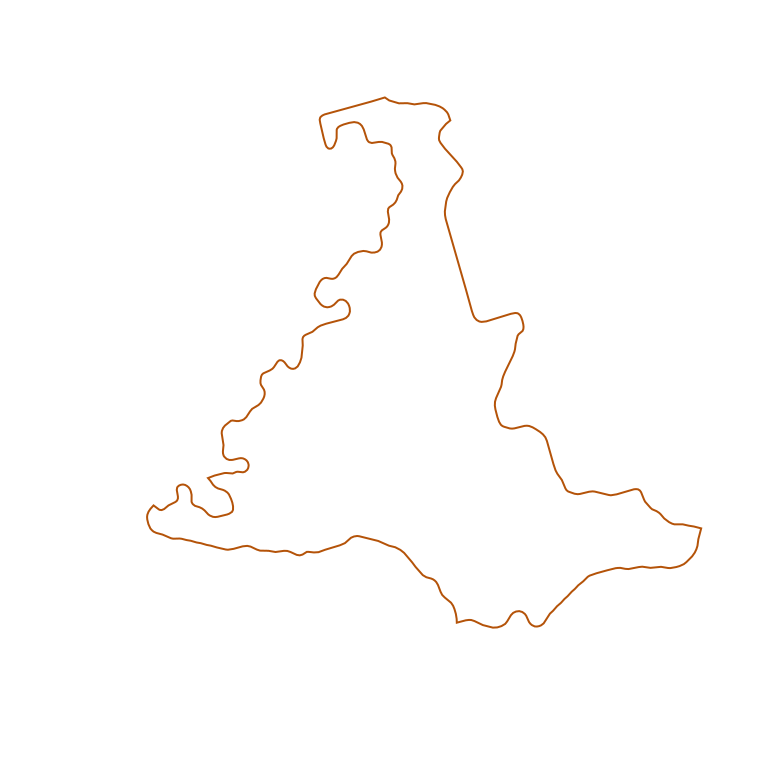 outline of Tamayo, Bahoruco, Dominican Republic, rotated 164°
{"feature_id": "3306468B80057745223349", "entity_name": "Tamayo", "entity_type": "district", "adm_level": 2, "iso_a3": "DOM", "parent_name": "Dominican Republic", "parent_adm1": "Bahoruco", "projection": "natural_earth1", "projection_center": [-71.147, 18.477], "detail": "fine", "context": "isolated", "style": "outline", "palette": "amber", "viewbox_px": 768, "rotation_deg": 164, "n_neighbors": 0, "source": "geoboundaries", "source_scale": "gbopen_adm2", "svg_char_len": 6166}
<svg xmlns="http://www.w3.org/2000/svg" viewBox="0 0 768 768"><g transform="rotate(164 384 384)"><path d="M379.8,134.5L370.5,134.3L367.3,133.8L365.2,133.1L362.4,131.2L355.4,125.0L346.5,119.8L342.2,118.8L337.8,118.9L333.6,120.0L331.1,121.8L325.7,126.8L322.9,128.4L319.8,128.9L316.6,128.4L313.9,126.7L312.0,124.2L311.2,122.1L310.2,115.3L309.4,113.2L308.3,111.5L305.9,109.4L303.8,108.7L301.7,108.5L299.6,108.7L296.5,109.9L287.8,117.5L284.0,119.4L278.9,122.7L274.1,124.9L269.8,127.6L266.0,129.4L260.8,132.6L257.0,134.4L252.7,137.0L246.9,139.4L241.3,142.5L239.2,143.1L232.0,143.5L220.8,143.4L212.1,143.1L209.8,142.7L207.5,142.1L203.0,139.8L199.9,138.7L189.5,137.8L186.1,137.2L178.5,133.8L168.1,131.9L161.6,128.8L159.4,128.1L153.6,127.5L150.1,127.5L145.4,128.2L142.5,129.4L135.3,133.4L131.7,136.3L129.3,139.0L127.3,142.0L124.6,148.2L118.9,157.8L125.4,161.6L130.1,163.8L135.4,166.7L143.6,169.1L145.5,170.3L148.1,172.7L151.7,177.5L154.0,182.6L155.1,184.4L157.1,186.7L160.8,189.7L161.9,191.4L165.5,199.0L165.9,201.3L166.7,209.1L167.4,211.1L168.8,212.7L170.7,213.5L172.8,213.9L190.7,213.8L196.6,214.5L198.6,215.4L211.1,222.5L213.1,223.3L216.5,223.9L225.9,224.3L228.2,224.7L231.1,226.0L236.6,229.9L237.8,231.6L238.4,233.6L239.5,242.7L242.1,249.9L242.9,253.7L243.2,260.3L243.1,284.4L243.6,288.3L245.1,291.8L247.2,294.9L250.5,298.7L253.1,301.4L256.0,303.6L258.1,304.5L260.4,305.0L270.9,305.4L273.2,305.8L275.3,306.6L280.2,309.7L281.7,310.9L282.9,312.6L283.8,316.0L284.1,321.0L283.9,328.9L283.4,332.7L282.2,336.3L280.2,339.5L272.3,349.0L271.1,351.1L269.3,355.3L267.3,358.5L264.2,362.4L252.6,375.3L249.7,379.2L248.5,381.3L246.3,386.5L242.3,393.5L240.9,394.7L236.2,396.8L234.9,398.4L234.1,400.5L233.7,402.8L233.5,406.5L233.7,410.2L234.2,412.5L235.4,414.5L236.3,415.3L238.3,416.1L242.7,416.5L268.4,416.0L273.1,416.8L275.1,417.8L277.3,420.0L278.8,423.2L279.2,425.8L279.4,429.8L279.2,452.0L279.2,525.5L278.8,529.5L277.9,533.2L273.9,542.3L272.0,545.4L267.9,550.2L263.5,554.5L260.6,556.6L255.9,559.0L253.3,561.2L251.1,563.7L249.6,566.6L249.5,568.8L250.0,570.6L252.7,577.5L260.5,593.3L263.2,600.2L263.8,603.1L263.5,605.0L262.8,606.8L261.2,610.3L260.0,612.0L252.7,616.9L247.6,619.1L247.9,625.4L248.5,627.8L250.2,631.0L251.6,633.0L254.1,635.5L257.8,638.2L266.0,642.4L269.1,643.2L277.7,644.4L284.1,647.5L292.3,649.7L300.8,655.1L304.2,659.2L318.4,659.0L366.8,659.5L369.2,659.1L371.3,658.2L372.1,657.4L373.0,655.7L373.4,652.1L374.2,636.9L374.2,630.3L373.9,628.0L372.7,625.9L371.8,625.3L369.9,624.9L367.9,625.6L366.1,627.1L363.1,631.0L361.8,633.3L359.4,641.4L358.8,642.3L357.0,643.6L354.9,644.2L351.4,644.6L345.3,644.6L340.5,644.0L337.2,642.4L335.4,640.6L334.1,638.2L333.3,634.3L333.0,623.7L332.3,621.5L331.6,620.5L329.2,619.0L322.1,618.1L319.1,617.2L313.5,613.7L312.2,612.3L311.8,611.4L311.5,609.4L312.9,603.5L312.7,601.7L311.8,598.1L311.7,594.8L312.2,592.7L314.2,587.9L314.6,585.6L314.8,583.3L314.1,578.6L312.1,573.9L311.6,571.8L311.6,569.6L312.7,566.6L314.6,564.3L318.3,561.5L321.0,557.5L323.1,555.4L325.7,553.9L330.1,552.5L331.6,551.4L332.8,548.6L333.7,540.8L334.8,537.7L336.0,536.0L337.5,534.6L339.2,533.7L343.6,532.3L345.1,531.2L345.7,530.4L346.3,528.5L347.0,520.7L347.6,518.5L348.6,516.5L350.8,514.2L353.7,513.0L356.9,513.0L360.0,513.8L364.3,516.4L367.2,517.6L372.6,518.1L376.9,517.5L379.9,515.9L386.8,509.7L392.4,506.3L397.5,501.7L400.2,499.8L402.2,499.2L404.2,499.2L406.0,499.8L410.1,501.9L412.0,502.2L414.1,501.9L416.0,501.0L417.8,499.7L423.3,493.9L425.7,490.2L426.2,488.0L426.1,487.0L425.7,485.1L423.0,478.3L421.8,476.5L420.3,474.9L417.5,473.4L415.4,473.1L413.2,473.1L410.2,474.0L405.2,476.8L403.2,477.2L400.2,476.4L397.9,474.4L396.4,471.3L396.0,468.9L396.0,466.5L396.8,463.0L398.0,461.1L399.4,459.5L402.3,458.0L405.6,457.5L423.0,457.9L428.8,457.6L432.1,456.8L438.4,453.9L445.6,452.9L447.4,452.4L449.0,451.3L450.0,449.6L451.5,443.4L456.1,432.0L458.8,428.0L462.1,424.7L465.1,423.5L467.2,423.6L469.1,424.4L470.6,425.8L471.8,427.5L473.6,432.2L474.6,433.8L475.9,435.0L477.6,435.6L478.6,435.5L480.3,434.7L485.1,430.6L487.0,429.4L490.1,428.5L497.1,427.5L498.8,426.6L500.1,425.0L501.7,421.6L502.5,418.9L502.5,417.0L500.9,411.6L500.9,409.4L501.5,407.1L502.6,405.0L504.0,403.2L507.4,400.0L510.4,398.4L517.5,396.5L520.3,394.6L525.5,390.1L528.5,388.6L530.6,388.3L533.7,388.4L535.7,388.9L539.7,390.7L541.4,390.8L548.3,387.9L550.8,386.1L552.8,383.5L553.6,381.4L555.1,369.5L557.4,363.7L557.9,361.6L557.9,359.3L557.6,358.2L556.0,355.4L553.6,353.6L550.5,352.8L544.1,352.5L542.0,352.2L540.1,351.4L538.5,350.1L537.2,348.4L536.4,346.2L536.4,343.8L536.7,342.6L537.7,340.7L539.1,339.2L541.9,338.0L543.9,338.0L548.8,340.0L550.3,340.2L554.1,339.7L560.0,341.9L562.0,342.4L572.1,342.7L579.1,342.1L577.5,338.6L576.1,334.3L574.5,331.5L572.3,329.3L568.1,326.7L566.5,325.4L564.5,322.9L563.5,320.7L562.7,315.7L562.5,311.8L562.8,308.1L563.8,304.7L565.3,303.0L568.5,302.0L570.7,301.8L580.5,302.2L582.9,302.6L585.1,303.5L587.6,305.5L588.9,307.1L591.3,311.9L593.1,314.4L595.3,316.4L599.3,319.0L600.9,321.2L601.4,323.0L601.4,324.0L599.5,330.5L599.3,333.9L599.5,336.3L600.3,338.5L601.5,340.3L603.0,341.8L604.9,342.8L606.9,343.1L608.9,342.9L610.7,342.1L611.4,341.4L612.4,339.3L613.1,332.7L613.7,330.7L615.0,329.0L616.9,328.1L624.6,326.7L629.8,324.4L632.5,324.1L634.2,324.8L634.9,325.4L639.0,330.8L643.0,328.3L645.5,326.2L647.5,323.6L648.4,321.5L648.9,319.1L649.1,314.3L648.4,309.5L647.4,307.4L646.2,305.6L643.9,303.6L638.4,300.3L631.2,294.4L629.3,293.4L623.1,291.8L621.2,291.0L616.8,288.4L613.0,286.6L607.8,283.3L604.0,281.5L598.8,278.2L595.0,276.3L589.8,273.0L581.7,268.5L579.7,267.7L574.0,267.0L564.6,266.9L560.1,266.1L557.1,264.5L551.9,259.9L549.1,258.0L541.0,255.5L534.6,252.4L526.1,251.2L523.0,250.2L520.2,248.3L515.0,243.8L512.2,242.5L509.3,242.5L504.5,243.9L502.9,243.5L497.8,241.4L493.3,240.4L486.2,240.9L471.0,241.1L465.4,241.8L458.1,245.3L454.9,245.7L451.7,245.3L449.8,244.5L432.8,234.7L423.8,227.2L418.2,224.0L414.0,220.0L411.2,216.1L406.1,204.8L404.1,199.5L399.4,189.6L396.6,186.6L392.3,184.0L390.7,182.7L389.4,181.1L388.4,179.3L387.5,175.9L386.9,168.7L386.2,165.2L384.5,162.1L379.8,155.2L378.7,151.8L378.3,148.2L378.3,143.2L378.9,138.2L379.8,134.5Z" fill="none" stroke="#b45309" stroke-width="2"/></g></svg>